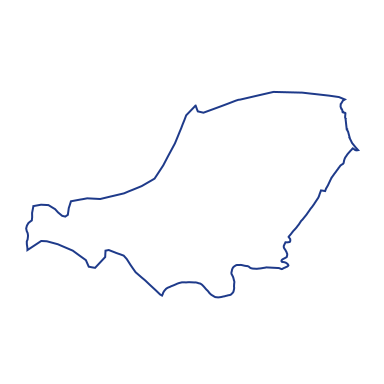 the district of Bani Hushaysh, Sana'a, Yemen, rotated 183°
{"feature_id": "15242507B83283859623898", "entity_name": "Bani Hushaysh", "entity_type": "district", "adm_level": 2, "iso_a3": "YEM", "parent_name": "Yemen", "parent_adm1": "Sana'a", "projection": "mercator", "projection_center": [44.331, 15.453], "detail": "fine", "context": "isolated", "style": "outline", "palette": "blue", "viewbox_px": 384, "rotation_deg": 183, "n_neighbors": 0, "source": "geoboundaries", "source_scale": "gbopen_adm2", "svg_char_len": 5710}
<svg xmlns="http://www.w3.org/2000/svg" viewBox="0 0 384 384"><g transform="rotate(183 192 192)"><path d="M44.2,292.4L50.2,294.5L56.8,295.1L60.1,295.4L75.2,296.3L79.0,296.5L87.0,297.0L115.9,296.2L130.3,292.1L148.7,286.8L150.5,286.5L153.1,285.5L160.7,282.1L167.6,279.1L176.0,275.5L184.7,271.8L190.4,272.8L190.7,273.4L191.6,275.4L192.9,278.5L193.0,278.5L194.5,276.7L201.8,268.3L203.5,263.0L204.9,259.0L206.1,255.2L207.4,251.6L209.2,246.4L211.6,239.6L217.8,226.5L222.1,217.1L227.8,207.3L230.1,203.4L232.5,201.8L242.5,195.3L245.2,194.0L251.8,190.9L255.3,189.3L259.8,187.1L272.1,183.5L272.5,183.4L283.3,180.2L295.2,180.2L296.3,180.2L301.3,179.0L302.8,178.7L312.4,176.4L313.6,171.7L314.2,169.6L314.8,162.7L317.3,160.8L318.7,161.1L318.8,161.1L320.4,161.4L324.7,164.6L327.8,167.7L330.8,169.3L334.1,171.1L334.7,171.4L342.1,171.4L349.7,169.6L349.7,169.2L350.6,162.7L350.3,158.4L350.5,155.2L351.9,154.1L353.7,152.5L355.1,149.8L355.7,146.9L355.0,144.3L354.0,142.4L353.5,140.1L353.5,138.7L353.7,136.0L354.4,134.0L354.2,131.3L353.4,127.3L353.3,125.4L340.0,135.2L334.4,135.2L323.2,132.8L320.3,131.7L308.0,127.2L300.5,122.3L294.7,118.6L294.4,118.4L291.2,112.0L287.6,111.5L284.8,111.2L275.3,122.5L275.3,125.8L275.3,128.9L272.1,129.7L265.4,127.5L264.9,127.3L262.9,126.7L260.1,125.9L258.2,125.3L256.9,124.9L253.7,121.7L252.4,119.9L249.7,116.1L247.1,112.7L244.1,108.9L242.8,107.9L237.8,104.0L234.7,101.7L233.7,100.9L229.5,97.3L223.0,91.9L218.5,88.0L216.5,87.0L216.3,87.5L215.9,88.4L215.7,89.4L215.3,90.3L214.9,91.2L214.0,92.5L213.4,93.2L212.8,94.0L212.0,94.6L210.9,95.3L210.0,95.7L208.7,96.3L207.9,96.8L206.5,97.4L205.2,98.0L204.0,98.6L203.2,99.0L202.3,99.5L201.4,99.9L200.2,100.4L199.2,100.7L198.2,101.0L197.2,101.3L196.1,101.3L195.1,101.4L194.3,101.4L194.1,101.4L193.0,101.4L192.0,101.6L191.0,101.7L189.9,101.8L188.8,101.8L186.8,101.8L185.8,101.8L184.9,101.8L183.9,101.9L182.8,101.8L181.8,101.6L180.9,101.3L180.7,101.3L179.9,101.1L179.0,101.0L178.1,100.5L177.6,100.2L177.4,100.1L176.9,99.7L176.6,99.4L175.7,98.6L175.0,97.9L174.3,97.2L174.2,97.1L173.5,96.3L172.6,95.4L171.9,94.8L171.0,94.0L170.2,93.1L169.5,92.3L169.5,92.2L168.6,91.4L167.8,90.7L166.9,90.1L166.0,89.7L165.2,89.2L164.2,88.7L163.4,88.3L162.4,88.2L161.5,88.2L160.5,88.1L159.2,88.3L158.1,88.5L157.2,88.7L156.2,89.0L155.2,89.3L154.2,89.5L152.8,90.0L151.7,90.3L150.6,90.7L149.7,90.9L148.8,91.1L147.9,91.5L147.1,92.3L146.5,93.0L146.4,93.1L145.9,93.7L145.4,94.6L145.2,95.7L145.0,96.8L144.9,97.7L144.9,98.8L145.1,99.8L145.1,100.8L145.1,101.8L145.1,102.7L145.0,103.6L145.0,104.3L145.0,104.5L145.3,105.6L145.5,106.0L145.6,106.3L145.6,106.5L145.9,107.4L146.2,108.4L146.6,109.4L147.1,110.3L147.6,111.2L148.1,111.9L148.4,112.9L148.4,113.9L148.1,115.2L148.0,116.3L147.7,117.3L147.2,118.5L146.6,119.3L145.7,120.1L144.7,120.8L143.9,121.3L142.9,121.5L142.0,121.5L140.8,121.6L139.8,121.7L138.9,121.7L137.7,121.5L136.6,121.3L135.5,121.1L134.6,121.0L133.6,120.9L132.7,120.9L131.5,120.5L130.8,120.0L129.9,119.3L129.0,119.0L128.0,118.8L127.1,118.7L123.5,118.7L122.5,118.8L121.6,119.0L120.7,119.1L119.5,119.3L118.1,119.6L116.8,119.9L115.8,120.1L114.8,120.3L113.9,120.6L113.0,120.6L112.1,120.6L111.0,120.6L110.1,120.6L109.0,120.6L101.2,120.6L100.3,120.3L99.4,120.0L98.6,119.7L97.7,119.9L97.5,120.1L96.6,120.7L96.2,120.9L95.8,121.1L95.2,121.4L94.9,121.5L94.1,122.0L93.2,122.4L92.4,123.0L91.9,123.7L92.0,124.0L92.4,124.7L93.0,125.3L93.8,125.8L94.6,126.3L95.6,126.6L96.6,126.8L97.6,126.8L98.6,127.0L99.1,127.8L98.8,128.7L98.2,129.4L97.4,129.9L96.4,130.5L95.7,130.9L94.6,131.6L93.9,132.2L93.8,133.2L93.6,134.1L93.7,135.2L94.1,136.0L94.5,137.0L95.0,137.8L95.5,138.6L96.0,139.4L96.7,140.2L97.2,141.0L97.5,141.9L97.5,143.0L97.2,143.8L96.8,144.8L96.4,145.7L96.0,146.7L94.1,146.7L91.8,147.2L91.4,147.9L91.3,149.0L91.5,150.2L93.2,152.2L93.2,152.3L92.6,153.1L91.9,154.0L91.3,154.8L90.7,155.6L89.8,157.0L89.1,157.9L89.0,158.1L88.4,158.9L87.7,159.6L87.1,160.4L86.5,161.1L85.6,162.3L85.1,163.1L84.4,164.1L83.8,164.9L83.3,165.7L82.8,166.6L82.2,167.6L81.7,168.5L81.1,169.3L80.4,170.0L76.4,175.5L75.8,176.5L75.3,177.3L74.8,178.1L74.3,178.9L73.7,179.8L73.3,180.6L72.5,181.8L71.9,182.6L71.3,183.4L70.6,184.5L70.1,185.3L69.5,186.2L68.8,187.5L68.3,188.3L67.5,189.7L67.0,190.5L66.5,191.4L65.9,192.3L65.3,193.6L65.0,194.6L64.9,194.7L64.7,195.5L64.5,196.4L64.2,197.3L63.9,198.3L63.5,199.5L63.3,200.3L63.2,200.3L62.5,200.3L60.1,200.0L59.1,199.9L58.7,201.2L58.3,202.5L58.2,202.6L57.9,203.3L57.7,203.6L57.2,204.6L57.0,205.0L56.8,205.4L56.3,206.5L56.0,207.3L55.1,209.5L54.8,210.1L54.8,210.3L54.4,211.2L53.7,212.8L53.5,213.4L53.4,213.4L53.0,214.2L52.5,214.9L51.9,215.9L51.8,216.0L51.6,216.3L50.9,217.5L50.3,218.3L49.8,219.1L49.4,219.6L48.7,220.8L48.3,221.4L48.2,221.5L47.6,222.4L47.1,223.1L47.1,223.3L46.6,224.0L46.3,224.4L45.4,225.8L45.0,226.3L44.9,226.4L44.4,226.8L43.6,227.4L43.4,227.5L42.8,227.9L42.8,228.0L42.4,228.4L42.1,228.9L42.0,229.8L41.9,230.2L41.9,230.5L41.8,231.0L41.8,231.4L41.6,232.0L41.3,233.2L41.2,233.4L41.1,233.7L41.0,233.9L41.0,234.0L40.9,234.1L40.6,234.8L40.4,235.1L39.5,236.5L39.4,236.7L39.0,237.4L38.9,237.6L37.6,239.3L37.2,239.8L36.8,240.3L36.7,240.4L35.7,241.7L34.9,242.5L34.2,243.5L33.7,244.0L33.3,243.7L32.8,243.5L32.2,243.1L31.8,242.8L31.4,242.6L31.2,242.5L31.1,242.4L30.2,242.2L29.7,242.2L28.7,242.4L28.3,242.5L31.1,245.3L34.7,249.3L37.6,254.5L37.4,254.6L39.3,260.4L39.4,260.7L40.0,261.4L40.1,261.5L40.2,261.9L40.3,262.8L40.8,262.8L42.5,273.2L42.4,273.3L42.5,273.4L42.9,274.2L43.0,274.6L43.0,275.0L43.0,275.3L43.0,276.1L42.9,278.7L43.0,278.9L43.4,279.1L44.2,279.1L44.5,279.4L45.1,279.4L45.2,279.9L45.8,279.8L46.4,282.1L46.7,282.4L47.0,283.0L47.3,283.0L47.7,284.0L48.1,285.0L48.1,287.6L47.8,287.9L45.9,291.4L44.9,291.9L44.2,292.4Z" fill="none" stroke="#1e3a8a" stroke-width="2"/></g></svg>